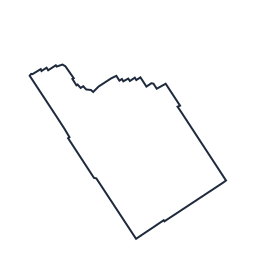 the district of Sevier, Utah, United States of America, rotated 57°
{"feature_id": "52423323B46966183656729", "entity_name": "Sevier", "entity_type": "district", "adm_level": 2, "iso_a3": "USA", "parent_name": "United States of America", "parent_adm1": "Utah", "projection": "orthographic", "projection_center": [-112.118, 38.774], "detail": "fine", "context": "isolated", "style": "outline", "palette": "slate", "viewbox_px": 256, "rotation_deg": 57, "n_neighbors": 0, "source": "geoboundaries", "source_scale": "gbopen_adm2", "svg_char_len": 731}
<svg xmlns="http://www.w3.org/2000/svg" viewBox="0 0 256 256"><g transform="rotate(57 128 128)"><path d="M151.3,183.7L153.0,182.0L225.3,181.6L224.8,148.3L226.1,148.3L225.6,77.4L225.4,74.4L145.2,74.7L137.1,74.8L137.6,72.2L111.4,72.3L110.7,82.5L104.7,82.5L103.2,84.0L103.3,90.0L92.3,90.0L92.3,94.9L89.5,94.9L89.6,100.8L86.7,100.9L86.3,106.5L83.6,106.4L83.6,109.4L77.9,109.4L77.2,115.0L77.2,130.0L78.8,137.6L75.9,138.4L72.9,142.1L68.6,142.8L68.6,145.9L64.1,146.6L64.1,148.0L56.6,147.9L56.7,146.4L42.1,146.9L39.1,148.4L37.6,154.4L36.1,154.4L36.1,163.5L33.1,163.5L33.1,169.5L31.1,169.1L30.8,178.8L29.9,179.7L30.6,182.0L80.9,181.7L93.6,181.7L103.8,182.1L103.9,183.8L151.3,183.7Z" fill="none" stroke="#1e293b" stroke-width="2"/></g></svg>